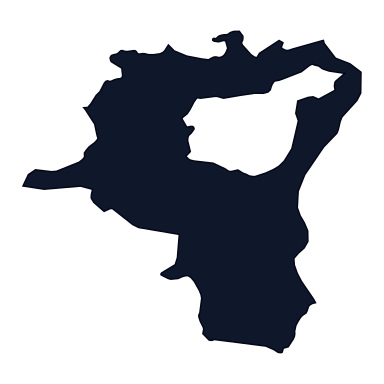 outline of Sankt Gallen
{"feature_id": "CHE-167", "entity_name": "Sankt Gallen", "entity_type": "Canton", "adm_level": 1, "iso_a3": "CHE", "parent_name": "Switzerland", "parent_adm1": "", "projection": "natural_earth1", "projection_center": [9.275, 47.209], "detail": "fine", "context": "isolated", "style": "filled", "palette": "ink", "viewbox_px": 384, "rotation_deg": 0, "n_neighbors": 0, "source": "natural_earth", "source_scale": "10m", "svg_char_len": 3398}
<svg xmlns="http://www.w3.org/2000/svg" viewBox="0 0 384 384"><path d="M323.4,40.4L324.1,43.3L335.5,58.2L349.9,63.8L361.0,72.2L360.7,93.1L356.9,100.5L342.0,116.9L340.2,121.3L338.2,129.9L336.8,133.3L323.6,147.0L311.2,165.3L304.8,174.6L301.9,181.9L298.2,191.2L297.8,197.7L297.3,207.8L300.2,215.9L301.4,217.8L304.4,223.0L307.7,230.9L307.9,241.4L304.2,247.9L298.3,253.2L293.8,258.5L294.2,263.1L294.3,265.0L297.2,273.3L301.5,281.5L313.4,298.9L315.5,302.7L312.6,303.4L310.3,304.6L308.5,306.3L307.1,310.9L306.0,313.0L302.4,315.4L300.4,317.6L297.8,321.7L295.8,325.6L294.6,331.4L294.8,333.8L294.4,336.3L293.3,339.0L288.2,346.8L283.3,348.2L282.2,352.2L281.0,352.7L278.2,352.4L273.9,349.6L266.0,346.1L214.1,339.5L212.4,340.3L210.4,340.3L209.0,340.0L202.9,333.7L203.7,329.1L203.3,327.3L200.3,321.4L198.9,317.0L198.8,315.2L199.5,313.7L199.9,312.5L201.7,298.3L201.1,294.8L199.4,290.5L194.3,281.4L191.1,277.6L188.0,275.6L185.2,275.8L182.3,276.6L178.0,278.5L170.8,279.2L168.3,278.5L161.1,274.9L160.9,274.0L161.8,272.8L175.2,264.7L177.4,257.8L179.3,234.4L138.7,227.5L132.8,224.6L112.5,208.6L110.3,208.5L104.1,211.4L93.8,202.4L91.3,198.3L91.2,197.0L91.5,194.0L92.6,189.3L80.5,186.1L44.1,189.2L23.0,186.0L28.4,174.6L35.5,169.8L51.4,171.7L56.5,171.3L79.2,162.2L82.8,159.3L84.6,157.0L84.4,153.0L86.5,149.9L89.4,146.6L94.4,142.9L96.8,140.4L98.0,138.5L96.9,134.6L94.7,124.1L85.5,109.8L83.8,107.7L87.7,107.5L90.9,103.8L96.2,95.4L100.0,91.6L104.3,83.2L105.8,81.4L107.5,80.8L109.0,81.3L110.3,81.4L111.8,81.0L113.6,80.1L115.5,79.4L117.6,78.9L120.3,78.7L121.7,77.9L122.4,76.7L122.6,75.1L122.0,70.1L122.0,68.3L111.3,61.7L110.5,60.1L110.1,57.6L111.4,55.5L113.7,54.7L115.8,54.3L117.4,53.8L120.7,50.8L122.0,50.5L125.1,51.4L127.4,51.5L134.1,50.6L135.3,50.8L136.4,51.7L137.1,53.0L138.0,53.8L139.2,54.1L142.6,53.6L144.1,53.6L148.9,54.7L153.7,54.7L160.1,53.8L163.2,52.3L165.0,50.4L168.4,45.0L174.2,50.9L186.8,56.1L201.9,59.0L208.7,59.8L210.2,58.8L213.7,57.1L215.9,56.9L219.2,57.6L221.8,56.9L223.9,55.5L225.3,53.6L226.2,52.1L227.7,48.3L225.7,41.0L224.5,40.6L222.8,40.6L220.7,41.3L218.3,41.8L214.2,41.2L212.8,40.4L212.7,39.2L213.4,38.5L214.1,38.3L215.0,38.7L215.6,38.7L216.6,38.2L217.8,36.9L219.3,35.9L221.7,35.2L223.9,34.8L227.1,34.6L228.2,34.2L230.1,32.7L231.9,32.0L233.8,31.4L239.3,31.3L242.9,36.2L242.9,38.2L242.7,40.0L241.4,42.7L242.3,45.0L250.9,54.6L254.3,57.0L256.8,57.8L259.5,53.3L279.1,40.5L283.0,42.7L281.3,47.3L281.7,47.9L282.1,48.6L285.9,50.4L287.4,50.5L289.2,50.2L292.7,49.0L323.3,40.4L323.4,40.4ZM298.4,120.7L295.8,113.3L297.8,101.0L308.2,97.4L313.1,96.8L318.6,99.2L335.1,90.3L334.4,85.8L335.0,82.2L335.9,81.0L344.8,73.4L329.0,71.0L323.0,69.0L321.8,68.3L319.2,66.3L318.1,65.8L314.8,65.1L314.0,64.8L313.1,64.3L311.6,64.4L309.5,65.4L301.4,71.7L282.1,79.2L278.8,80.3L274.3,81.1L272.2,84.2L271.0,87.2L270.3,89.8L268.0,92.0L263.4,93.3L254.9,93.2L241.0,95.2L223.5,98.2L217.3,96.4L214.5,96.4L200.7,98.2L197.2,97.7L195.9,99.1L193.9,102.0L190.1,109.3L187.2,113.7L182.4,117.6L181.8,118.6L186.8,127.2L190.6,126.4L192.3,126.4L193.6,127.2L194.1,128.9L192.4,131.5L191.1,133.2L188.6,135.5L187.9,137.5L187.6,140.6L190.3,151.6L185.8,156.3L188.7,159.2L190.3,160.1L193.9,161.0L213.1,163.2L225.0,168.8L229.0,171.5L230.1,171.4L231.4,171.5L237.9,170.0L243.0,173.2L246.4,174.4L249.1,175.9L252.5,176.5L254.9,176.6L265.9,173.0L273.4,169.6L279.0,166.2L284.3,161.0L291.9,148.7L298.4,120.7Z" fill="#0f172a" stroke="#020617" stroke-width="1.5"/></svg>